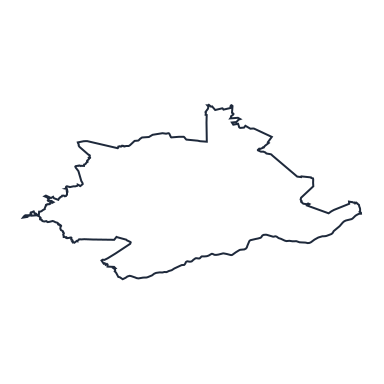 Praulienas pag., Madona, Latvia (Natural Earth projection)
{"feature_id": "27541924B69241742641881", "entity_name": "Praulienas pag.", "entity_type": "district", "adm_level": 2, "iso_a3": "LVA", "parent_name": "Latvia", "parent_adm1": "Madona", "projection": "natural_earth1", "projection_center": [26.349, 56.815], "detail": "fine", "context": "isolated", "style": "outline", "palette": "slate", "viewbox_px": 384, "rotation_deg": 0, "n_neighbors": 0, "source": "geoboundaries", "source_scale": "gbopen_adm2", "svg_char_len": 5883}
<svg xmlns="http://www.w3.org/2000/svg" viewBox="0 0 384 384"><path d="M361.0,213.7L360.9,212.6L359.6,211.7L360.0,211.1L360.1,210.7L360.1,209.1L359.9,208.1L359.3,206.6L358.9,204.8L357.5,203.9L357.4,203.5L356.2,202.6L355.1,203.4L354.6,202.5L353.7,202.7L352.0,202.0L351.7,202.1L349.0,201.6L349.2,203.8L334.0,209.9L331.4,211.3L328.6,213.3L307.3,205.6L309.4,204.1L308.1,203.5L306.7,204.2L303.3,203.7L301.1,201.8L301.1,201.6L301.6,201.1L300.6,199.6L301.1,197.7L313.3,186.3L313.1,182.8L313.2,179.5L313.0,178.4L311.3,178.0L311.0,177.4L301.4,176.4L301.2,177.1L297.2,176.6L272.1,155.3L271.4,154.5L270.5,154.2L266.4,153.5L265.3,152.4L264.5,152.2L263.6,151.7L261.0,151.7L258.1,150.4L258.2,150.2L258.0,149.8L259.2,148.7L259.7,149.1L263.7,147.5L263.6,147.2L263.9,147.2L265.0,145.8L268.8,142.9L267.9,142.2L271.8,136.9L254.0,128.6L253.2,128.5L250.4,128.7L245.4,125.8L244.0,127.6L240.3,127.9L239.7,127.7L239.2,127.3L238.1,123.8L233.3,124.7L231.9,122.5L235.6,122.1L236.3,122.2L238.5,119.7L240.2,119.1L237.9,117.8L230.3,118.4L231.0,117.4L231.0,116.6L231.2,116.1L233.0,114.8L233.5,114.0L233.2,113.5L232.2,113.0L232.0,112.7L232.5,106.1L232.4,105.8L231.4,105.2L230.8,105.6L230.9,106.3L230.5,106.6L230.5,108.0L223.5,109.6L222.7,108.5L222.3,108.3L215.2,110.0L212.1,106.4L211.1,106.7L208.8,104.8L208.1,105.3L207.3,105.3L208.2,106.4L208.4,106.9L207.9,108.8L205.5,112.0L205.5,112.3L205.6,112.6L205.9,112.8L205.6,114.8L206.7,115.0L206.5,122.4L206.8,141.7L200.0,141.2L197.8,140.7L186.4,139.6L186.0,139.3L184.3,137.2L183.7,136.8L179.0,136.8L171.3,137.4L171.0,137.2L170.7,136.7L169.3,133.7L169.0,133.4L168.4,133.2L166.1,133.7L162.5,133.2L152.6,134.8L148.9,137.0L142.0,137.5L140.0,138.9L138.8,140.2L138.1,140.6L134.6,140.9L130.0,145.2L128.7,146.0L126.0,146.0L124.5,146.5L124.1,146.4L124.2,146.2L123.1,146.2L122.6,146.0L122.7,145.8L122.0,145.7L121.1,146.6L120.7,146.6L119.9,146.2L118.3,146.6L118.3,147.6L117.7,148.2L87.1,141.1L83.8,141.2L77.8,142.4L78.2,143.6L78.7,144.2L78.7,145.7L79.5,146.9L88.6,154.8L88.9,154.8L89.7,155.3L89.8,155.5L89.5,156.1L89.5,156.4L90.1,157.5L90.1,157.8L89.9,158.0L88.9,158.0L89.1,158.5L88.8,158.9L88.8,159.3L87.2,160.6L87.0,161.2L87.1,161.5L87.5,161.9L86.3,162.8L85.7,163.8L84.6,164.5L84.1,164.6L84.0,165.9L80.9,165.8L80.7,166.0L79.5,165.5L78.9,165.8L78.7,165.6L75.6,166.2L75.3,166.6L75.7,167.6L78.4,171.1L81.3,181.0L82.4,182.8L82.7,183.8L82.7,184.1L80.3,186.1L79.6,185.8L79.4,185.4L77.7,184.6L77.7,185.2L77.3,185.8L75.1,186.4L73.6,186.3L69.9,187.1L68.8,186.7L67.6,186.7L67.0,186.5L66.9,186.3L66.5,186.4L66.1,186.8L65.9,187.4L66.3,188.5L65.6,188.7L66.9,189.0L67.1,189.7L67.4,191.4L66.8,191.3L67.0,192.5L67.0,194.7L66.6,194.9L66.0,196.0L64.8,196.3L63.9,195.6L62.1,195.7L61.7,196.6L60.6,196.9L59.6,197.9L59.5,198.2L59.0,198.4L58.3,199.8L54.3,198.4L53.6,197.8L53.1,196.8L51.0,198.0L45.9,195.6L44.6,196.3L49.2,198.3L48.2,199.0L48.7,199.7L48.7,200.4L48.0,200.6L48.3,201.1L49.8,200.8L51.7,201.0L52.0,201.4L53.4,202.2L52.1,202.9L50.9,202.5L49.8,203.1L49.6,203.4L49.9,203.9L49.0,204.3L47.3,204.2L46.1,204.8L46.3,205.5L45.7,205.9L44.6,208.8L44.7,209.1L42.7,210.2L41.5,211.2L40.0,211.7L39.1,211.7L38.9,214.3L38.8,215.0L38.1,215.0L36.8,214.6L36.2,214.6L36.3,214.1L36.2,213.8L35.4,213.4L34.6,213.4L33.7,211.4L31.8,212.2L31.6,212.6L30.8,212.5L30.6,212.9L30.4,214.4L31.2,214.6L31.1,215.2L31.3,215.7L36.7,215.3L39.0,216.2L40.4,217.6L40.1,217.9L40.0,219.2L40.4,219.6L41.3,219.4L41.9,220.1L42.0,220.6L42.6,221.1L44.3,221.5L46.4,221.1L46.6,221.2L47.2,221.9L47.7,222.1L49.6,221.8L52.7,221.0L54.1,221.5L55.4,222.2L57.5,222.8L57.9,223.2L57.9,223.5L58.6,223.9L58.3,224.5L58.9,224.8L59.1,224.6L59.4,224.9L60.2,224.9L61.1,225.7L61.1,226.0L60.4,226.4L60.5,227.3L60.3,228.6L61.0,230.1L62.8,231.1L63.2,231.8L63.0,232.3L63.1,232.5L63.9,233.2L63.2,234.8L63.6,235.4L63.7,237.0L64.8,236.9L65.6,237.5L66.4,237.2L66.7,237.5L66.5,238.0L67.0,238.2L69.6,237.8L70.2,237.5L71.1,237.5L71.5,238.0L71.3,238.3L71.2,239.6L72.1,240.0L72.6,240.5L72.5,241.1L72.7,241.4L72.3,241.7L72.8,242.1L73.0,242.5L73.6,242.2L74.4,242.7L76.8,240.9L77.4,241.2L77.4,240.9L77.8,240.7L78.1,240.3L78.8,239.8L79.1,239.3L79.6,239.3L81.5,239.4L84.3,239.2L92.4,239.5L114.2,239.8L116.5,236.9L117.5,237.3L125.6,239.5L126.3,239.7L126.8,240.3L130.2,241.9L130.7,242.3L130.2,243.8L115.5,253.5L107.5,258.4L104.4,259.9L102.7,259.7L101.5,260.5L103.7,263.7L104.7,263.2L105.6,264.8L106.9,263.9L107.6,264.5L107.5,266.6L114.1,266.9L115.4,268.2L113.9,268.5L115.0,269.3L115.2,271.0L114.8,271.3L116.2,272.9L118.3,276.9L119.9,277.3L122.7,279.2L125.6,277.8L127.4,276.5L129.7,275.8L131.4,276.2L135.5,277.6L136.6,278.1L138.5,278.4L143.1,277.6L146.4,277.5L147.6,277.2L152.0,275.4L154.2,273.7L156.1,272.9L159.6,272.4L162.4,272.5L164.4,272.0L166.6,272.1L168.9,271.0L171.7,270.2L174.3,268.5L181.6,265.1L184.2,264.9L184.6,264.5L185.4,263.4L185.7,262.4L186.1,261.9L187.0,261.4L187.5,261.3L189.5,261.7L190.9,261.6L191.8,261.3L193.4,259.8L195.5,258.3L196.4,258.2L198.8,258.5L199.5,258.4L199.9,258.2L201.3,256.7L201.8,256.4L204.7,256.4L206.8,256.2L208.6,255.6L211.5,253.9L212.0,253.8L212.8,254.0L214.4,254.8L216.1,254.9L218.3,254.6L223.0,253.4L223.7,253.4L226.8,254.0L230.6,255.0L231.2,255.1L232.2,254.9L235.8,252.3L239.4,250.1L240.2,249.8L244.4,249.4L245.9,248.6L246.8,247.5L247.4,245.7L249.2,241.4L249.6,240.8L250.4,240.2L256.0,238.9L258.0,238.5L260.5,237.8L261.2,237.3L262.3,235.6L263.5,234.9L265.6,234.7L266.7,234.8L273.1,236.7L273.7,236.7L275.2,236.3L275.9,236.4L276.9,236.8L278.6,238.1L280.9,238.8L284.7,240.6L286.4,241.1L289.3,240.8L292.6,241.3L296.4,241.2L299.6,242.3L305.6,242.6L307.7,243.1L309.5,242.9L311.0,242.2L314.5,239.6L318.3,237.5L322.3,236.3L325.0,236.2L326.5,235.9L331.5,234.0L332.7,232.9L333.7,231.1L339.6,226.2L342.8,222.5L344.2,221.3L345.9,220.5L351.6,219.1L352.6,218.5L355.5,215.7L356.8,214.9L358.9,213.8L361.0,213.7ZM25.3,215.3L23.9,216.4L23.0,217.6L27.4,216.9L27.4,216.1L29.6,215.6L29.9,215.2L25.3,215.3Z" fill="none" stroke="#1e293b" stroke-width="2"/></svg>